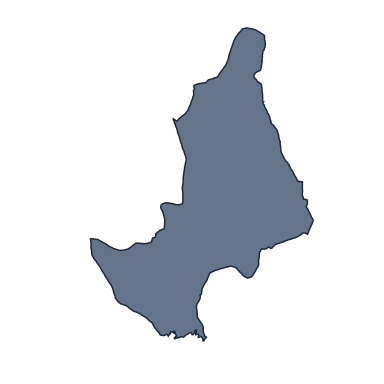 Kaolack, Kaolack, Senegal, rotated 257°
{"feature_id": "50182788B15645681951695", "entity_name": "Kaolack", "entity_type": "district", "adm_level": 2, "iso_a3": "SEN", "parent_name": "Senegal", "parent_adm1": "Kaolack", "projection": "albers", "projection_center": [-16.083, 14.112], "detail": "fine", "context": "isolated", "style": "filled", "palette": "slate", "viewbox_px": 384, "rotation_deg": 257, "n_neighbors": 0, "source": "geoboundaries", "source_scale": "gbopen_adm2", "svg_char_len": 6009}
<svg xmlns="http://www.w3.org/2000/svg" viewBox="0 0 384 384"><g transform="rotate(257 192 192)"><path d="M267.6,190.3L267.2,190.1L266.2,190.1L265.0,190.5L262.9,190.5L261.4,190.8L260.1,190.9L257.3,191.5L254.5,191.5L253.3,191.4L248.4,192.0L243.0,192.2L240.9,192.6L239.3,192.6L237.8,192.5L235.8,192.8L233.4,193.4L231.9,193.3L228.3,193.8L225.1,193.8L222.8,192.8L221.9,192.2L219.3,191.2L218.2,190.5L216.3,189.9L207.6,186.5L204.5,185.9L198.0,183.4L191.2,182.5L187.9,181.6L184.9,181.0L183.7,180.6L183.0,180.1L182.4,178.1L182.6,175.7L183.4,173.2L184.7,171.1L186.0,168.1L186.8,166.2L187.4,163.9L187.3,162.2L187.1,160.7L186.5,159.4L185.2,158.4L183.5,158.0L178.8,159.1L174.9,159.3L171.4,159.3L166.3,158.0L165.4,157.5L162.4,156.7L161.8,151.9L159.5,147.4L157.9,146.9L156.1,146.0L156.0,143.4L154.7,142.4L153.0,141.7L152.3,140.6L152.0,139.4L152.2,134.5L154.5,127.3L154.6,125.2L152.6,121.2L150.9,117.3L150.7,112.2L151.4,108.3L154.3,103.3L157.6,99.2L160.4,96.7L167.0,89.4L168.7,84.7L169.2,82.5L164.5,82.1L160.8,81.1L155.9,80.8L154.5,80.4L153.1,80.5L149.3,81.4L145.5,83.2L143.8,83.7L139.7,85.6L138.5,85.7L133.3,87.3L132.6,87.8L129.8,88.4L125.4,90.1L122.1,91.0L121.4,91.4L119.1,92.4L115.3,93.1L110.5,93.2L108.6,93.5L105.5,93.6L102.4,95.0L100.0,96.6L99.2,97.2L98.9,97.9L97.7,99.4L97.3,100.5L95.7,102.7L94.2,104.1L93.9,104.1L92.4,105.2L90.6,107.0L89.8,107.4L88.4,109.1L88.2,109.8L87.7,110.6L85.4,113.5L83.5,115.3L82.7,115.8L82.2,116.7L79.9,119.0L78.0,120.3L76.2,121.3L73.1,124.0L72.3,124.2L71.7,124.1L68.4,125.1L63.9,127.2L62.5,128.2L60.3,128.7L59.6,129.3L58.7,131.3L58.4,133.2L59.2,135.4L58.4,136.0L56.9,136.5L58.7,138.6L59.0,139.3L60.1,139.3L60.5,139.6L60.2,140.6L60.3,140.9L59.8,141.9L60.6,142.8L60.5,143.3L59.6,143.8L59.1,143.9L59.1,143.1L59.0,142.4L58.5,142.7L57.9,143.6L57.5,143.9L56.4,144.3L55.7,144.3L55.1,144.3L53.7,141.9L52.9,142.1L52.8,142.6L53.2,144.4L53.1,145.8L53.4,148.6L53.1,150.0L52.5,151.0L52.6,151.5L53.0,152.4L53.7,153.3L55.1,157.3L55.5,158.7L55.4,159.3L54.6,159.7L52.9,160.0L52.7,160.8L53.3,161.9L54.3,162.7L54.7,163.4L55.6,163.1L55.8,163.3L55.9,163.8L56.7,164.5L56.5,164.9L55.7,165.3L54.6,164.7L54.2,164.6L53.3,163.8L52.1,163.6L52.2,165.5L51.7,166.2L51.0,166.5L50.1,165.8L48.9,165.5L48.9,167.1L49.2,168.5L48.7,168.9L47.0,169.4L44.4,169.4L44.7,170.4L45.7,171.2L47.3,173.4L48.0,172.6L48.8,172.1L52.8,171.6L54.6,171.8L57.1,172.5L60.3,172.3L61.1,172.0L62.0,171.5L63.3,171.1L64.0,170.7L68.7,169.0L71.9,169.7L79.4,170.5L81.1,171.3L82.6,172.5L84.2,174.2L86.3,175.8L87.6,176.4L89.8,176.7L90.0,177.8L90.3,178.2L91.2,178.4L93.8,179.6L94.9,179.8L95.8,180.3L97.4,181.8L98.1,182.1L98.8,182.9L100.9,184.6L101.3,185.4L101.8,186.0L103.3,187.1L104.3,187.5L105.7,188.8L108.6,190.8L109.1,191.7L109.5,193.0L109.8,193.9L110.0,195.9L110.4,196.9L110.5,200.7L110.8,202.0L110.9,203.2L110.7,204.4L110.9,205.1L110.9,207.1L111.1,208.5L111.0,210.4L111.1,212.7L110.7,213.5L110.5,214.3L109.5,216.1L108.3,217.8L107.5,218.3L106.9,218.5L106.2,219.1L105.2,219.4L104.3,220.1L103.1,220.6L102.5,221.3L99.0,223.1L96.6,225.5L95.7,226.7L95.7,229.8L96.0,230.7L96.8,232.1L98.1,233.5L99.6,235.0L102.4,237.3L103.8,239.0L105.3,240.0L105.6,240.4L108.0,241.1L109.1,241.0L110.0,241.2L111.1,242.0L118.1,244.3L119.3,245.6L120.4,246.3L120.9,247.0L120.1,249.3L120.0,250.8L120.3,252.4L121.4,254.2L120.6,255.1L119.8,255.5L119.5,256.2L119.3,257.1L120.5,258.8L121.0,259.8L122.3,261.5L122.1,262.2L122.4,263.1L122.4,264.3L122.9,270.2L123.5,272.5L123.4,273.5L123.8,275.1L123.8,278.1L124.1,279.9L124.2,282.5L125.1,286.3L127.2,291.3L127.0,292.1L126.1,293.6L124.9,295.1L125.8,295.5L125.8,295.8L126.2,296.1L128.2,297.3L134.2,301.9L136.4,303.3L137.1,303.6L138.6,303.6L139.6,303.1L140.0,303.1L140.5,302.7L140.9,302.7L146.2,301.7L147.1,301.4L147.5,301.1L148.3,301.1L150.1,300.7L150.7,300.3L151.7,300.1L152.5,300.2L153.5,301.2L154.4,301.5L155.6,302.1L157.9,302.5L158.5,302.4L158.6,301.6L159.6,300.6L159.6,299.8L159.9,299.1L160.2,299.2L160.6,299.0L161.4,299.1L164.7,298.8L168.5,300.1L169.5,300.1L170.5,300.3L170.9,300.2L171.8,300.7L175.3,301.4L176.5,301.9L177.3,301.8L177.1,301.0L177.4,300.5L177.8,300.1L177.7,299.5L178.1,299.1L178.4,298.1L180.0,297.1L181.4,296.8L181.8,297.0L182.6,296.6L185.5,295.5L186.0,295.5L187.2,295.1L188.9,294.9L190.3,294.2L191.4,294.0L192.0,293.5L194.1,293.3L195.3,292.8L196.0,292.8L196.2,292.6L196.7,292.7L197.3,292.4L197.7,291.9L198.4,292.0L200.6,290.8L201.5,290.2L204.0,289.3L206.8,288.8L209.6,288.0L212.8,287.9L213.8,288.3L214.6,288.3L218.4,288.8L219.4,288.7L221.3,289.3L222.2,289.0L224.2,288.8L228.5,289.2L230.4,288.9L231.5,289.0L234.1,288.5L236.4,287.2L237.5,287.0L239.0,286.1L240.9,284.6L241.4,284.3L242.8,284.6L242.8,284.9L245.4,284.4L246.5,284.6L247.3,284.3L248.0,284.5L249.6,284.3L250.8,284.0L251.9,283.4L254.4,283.2L254.6,283.0L255.8,282.8L257.2,282.3L259.1,281.9L259.6,282.0L260.8,281.8L262.3,281.0L263.8,281.4L263.9,282.0L264.6,281.3L265.9,281.5L267.7,282.1L269.1,282.2L271.8,282.8L274.3,282.9L275.5,283.2L280.6,283.8L282.2,283.3L282.9,282.5L283.9,281.8L284.4,280.8L287.3,279.8L289.0,278.5L289.7,278.5L290.4,278.3L292.4,278.8L292.6,279.5L293.4,280.0L294.1,281.4L294.7,283.5L295.0,285.6L296.4,286.7L298.3,287.8L300.2,288.3L300.8,288.6L303.3,289.5L303.7,289.7L303.7,289.9L304.9,289.9L306.8,290.5L307.5,291.0L309.0,291.1L311.0,292.1L312.5,292.4L313.8,293.4L314.1,294.1L315.1,294.7L315.5,294.7L315.9,294.8L316.3,295.5L319.6,296.8L322.6,297.1L324.4,296.9L325.7,297.4L327.2,297.5L328.2,297.9L332.8,293.5L335.1,291.0L336.6,288.9L339.3,282.8L339.6,281.7L339.6,278.0L337.6,275.4L336.2,273.2L333.2,269.6L330.1,267.1L326.6,264.8L317.2,259.0L314.0,257.6L308.7,254.0L304.6,249.5L302.6,247.0L298.3,242.7L298.1,238.8L297.6,238.0L297.6,233.2L295.5,230.3L295.8,226.1L296.0,221.7L295.3,217.8L293.1,217.4L291.3,217.5L290.8,216.4L290.1,216.1L289.1,216.1L287.3,215.7L286.3,215.7L285.8,215.4L284.4,214.1L283.4,214.0L282.4,213.4L281.9,213.0L281.3,212.2L280.7,211.8L278.2,210.6L272.4,206.2L269.5,202.6L267.7,198.5L267.1,197.5L266.7,196.1L265.0,194.2L264.6,193.5L264.5,192.7L265.5,192.1L267.6,190.3Z" fill="#64748b" stroke="#1e293b" stroke-width="1.5"/></g></svg>